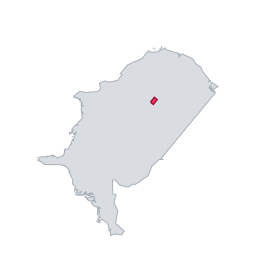 Moffat, Colorado, United States of America (highlighted), rotated 129°
{"feature_id": "52423323B20517885523986", "entity_name": "Moffat", "entity_type": "district", "adm_level": 2, "iso_a3": "USA", "parent_name": "United States of America", "parent_adm1": "Colorado", "projection": "albers", "projection_center": [-108.223, 40.612], "detail": "fine", "context": "in_parent", "style": "filled", "palette": "rose", "viewbox_px": 256, "rotation_deg": 129, "n_neighbors": 0, "source": "geoboundaries", "source_scale": "gbopen_adm2", "svg_char_len": 4044}
<svg xmlns="http://www.w3.org/2000/svg" viewBox="0 0 256 256"><g transform="rotate(129 128 128)"><path d="M198.8,83.7L210.0,77.6L210.5,66.1L215.4,65.7L218.2,71.3L222.5,73.9L218.8,77.4L219.1,78.5L217.7,77.6L217.7,80.3L214.9,83.5L215.1,90.3L218.2,91.9L219.4,90.9L218.5,90.0L219.2,90.3L219.8,91.5L216.3,94.1L215.0,93.1L215.4,95.0L211.1,97.4L208.6,101.1L208.4,99.7L207.7,99.0L208.1,102.5L209.2,102.6L210.0,105.4L209.0,109.8L205.7,108.6L206.3,105.9L205.2,108.1L206.8,110.2L208.3,111.2L209.1,112.6L208.2,119.3L207.8,115.5L204.2,113.1L204.5,109.0L202.5,110.9L205.2,115.8L202.4,115.1L201.6,115.6L201.8,113.7L201.6,113.2L201.2,114.7L201.6,115.8L205.8,116.6L205.4,117.8L203.2,116.5L202.5,116.5L205.2,117.9L206.2,118.0L206.2,119.5L204.8,118.9L207.1,120.2L206.8,120.7L205.7,120.0L203.3,120.3L206.7,121.2L208.4,120.5L211.8,124.6L209.0,121.5L210.3,123.7L206.9,124.4L210.1,125.9L211.0,124.8L210.3,127.5L207.0,127.9L209.3,128.3L208.0,130.0L210.2,130.1L206.9,131.9L206.3,136.0L203.2,138.1L198.9,146.6L197.8,146.2L197.1,152.8L197.4,154.3L199.8,158.4L208.8,169.8L209.2,177.2L206.8,178.5L203.1,175.6L201.7,172.7L197.0,170.2L197.8,168.3L196.1,168.9L195.5,164.1L190.0,160.7L183.8,163.6L182.0,161.2L175.6,162.5L176.2,161.3L175.3,162.6L172.5,163.8L172.0,161.7L171.9,163.3L163.2,165.6L167.1,165.9L166.3,168.1L169.5,169.3L168.3,170.6L164.6,168.8L164.8,170.8L160.2,170.9L157.3,168.9L156.0,170.4L149.3,169.6L146.0,172.9L146.8,172.0L144.7,171.6L144.2,175.1L140.5,177.8L141.4,177.1L138.7,177.1L139.8,178.1L136.9,179.9L136.2,183.7L134.7,183.3L136.0,184.2L136.7,187.6L138.2,189.5L137.3,190.3L129.6,188.5L127.4,183.7L118.7,174.4L114.7,174.1L111.2,178.3L106.3,175.9L104.0,171.4L97.7,166.1L90.6,166.1L90.6,168.2L79.2,168.0L64.8,160.8L55.2,160.8L54.3,157.2L50.6,153.4L42.7,149.8L43.0,147.3L37.9,135.1L38.3,133.9L39.4,135.6L38.9,133.0L41.8,133.3L36.4,132.7L33.5,121.5L35.4,116.1L34.9,109.6L37.0,105.8L39.6,94.3L42.0,95.1L39.4,94.0L40.7,91.0L39.8,90.9L39.2,84.1L45.0,86.2L43.3,89.5L45.6,87.4L45.0,90.2L43.4,90.7L44.4,91.0L45.7,89.9L46.5,87.1L45.6,82.3L130.9,83.1L130.7,81.3L132.7,83.9L142.8,85.4L152.3,82.3L167.3,86.8L168.4,88.7L173.9,90.7L177.6,98.2L176.2,105.6L178.3,107.2L188.8,98.4L187.3,95.6L188.2,94.7L194.6,92.2L198.8,83.7ZM213.0,98.1L214.8,96.9L208.6,101.7L213.4,97.1L213.0,98.1ZM45.6,85.2L46.1,87.1L46.0,87.4L45.1,85.9L45.6,85.2ZM138.0,188.9L136.6,186.0L136.5,184.3L136.8,186.1L138.0,188.9ZM219.4,77.4L219.7,78.3L219.3,78.2L219.4,77.4ZM157.5,169.7L157.9,170.4L157.0,170.0L157.5,169.7ZM45.5,153.0L46.5,152.7L46.6,152.9L45.5,153.0ZM44.6,152.6L44.1,153.1L43.9,152.6L44.6,152.6ZM218.1,93.4L217.9,94.2L217.7,94.1L218.1,93.4ZM136.8,182.7L136.5,184.1L137.5,181.3L136.8,182.7ZM206.0,166.0L207.7,168.3L205.7,165.8L206.0,166.0ZM50.1,155.9L50.5,156.7L50.1,155.9L50.1,155.9ZM209.8,177.5L209.2,178.5L210.0,176.4L209.8,177.5ZM212.7,126.1L212.3,127.4L212.0,124.8L212.7,126.1ZM45.0,83.6L45.0,84.1L44.7,83.8L45.0,83.6ZM139.9,178.6L138.5,179.4L139.9,178.4L139.9,178.6ZM220.1,92.8L220.3,93.5L219.7,93.6L220.1,92.8ZM49.9,157.9L50.1,158.9L49.7,158.0L49.9,157.9ZM138.3,180.0L137.7,180.4L138.2,179.8L138.3,180.0ZM209.2,113.8L208.9,115.5L209.1,113.2L209.2,113.8ZM145.7,173.5L144.8,174.2L146.0,173.1L145.7,173.5ZM197.5,153.4L197.7,154.6L197.3,153.8L197.5,153.4ZM210.6,130.1L210.4,130.4L210.9,129.3L210.6,130.1ZM186.1,162.7L185.2,163.6L184.7,163.6L186.1,162.7ZM172.1,163.7L171.9,163.9L171.3,164.0L172.1,163.7ZM200.5,173.1L200.9,173.8L200.3,173.0L200.5,173.1ZM169.6,165.9L169.6,166.6L169.3,165.4L169.6,165.9ZM207.8,180.1L207.2,180.3L208.0,179.9L207.8,180.1ZM210.0,106.0L209.9,106.8L210.0,105.6L210.0,106.0ZM211.7,127.8L211.5,128.2L211.4,128.2L211.7,127.8Z" fill="#d9dde1" stroke="#a8b0b8" stroke-width="1"/><path d="M93.3,126.8L93.3,126.3L93.4,125.3L93.6,125.3L93.6,125.1L93.8,125.1L93.7,123.2L92.6,123.2L91.6,123.2L91.2,123.2L90.7,123.2L90.4,123.2L89.6,123.2L89.1,123.2L88.2,123.2L87.6,123.2L87.6,124.0L87.6,124.5L87.6,124.8L87.6,125.0L87.6,125.3L87.6,125.5L87.6,125.8L87.6,126.8L90.9,126.8L92.6,126.8L93.1,126.8L93.3,126.8L93.3,126.8Z" fill="#f43f5e" stroke="#9f1239" stroke-width="1.5"/></g></svg>